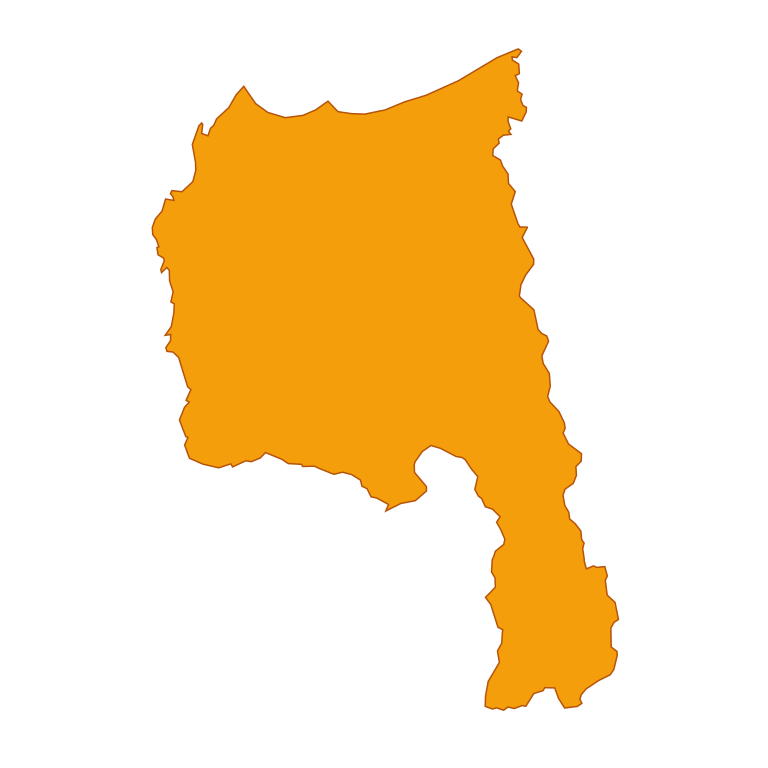 Juana Díaz, Puerto Rico, rotated 178°
{"feature_id": "32010507B98584278063898", "entity_name": "Juana Díaz", "entity_type": "district", "adm_level": 2, "iso_a3": "PRI", "parent_name": "Puerto Rico", "parent_adm1": "", "projection": "natural_earth1", "projection_center": [-66.503, 18.064], "detail": "fine", "context": "isolated", "style": "filled", "palette": "amber", "viewbox_px": 768, "rotation_deg": 178, "n_neighbors": 0, "source": "geoboundaries", "source_scale": "gbopen_adm2", "svg_char_len": 3303}
<svg xmlns="http://www.w3.org/2000/svg" viewBox="0 0 768 768"><g transform="rotate(178 384 384)"><path d="M238.2,714.2L259.6,706.2L299.0,684.5L331.8,671.1L346.7,667.1L353.4,665.3L373.5,657.8L379.0,656.9L391.4,654.8L393.6,654.4L399.5,654.8L407.0,655.3L413.9,656.6L416.4,657.0L420.5,657.8L425.7,663.6L430.1,668.6L442.8,660.3L455.5,655.3L473.3,653.6L477.2,654.9L490.5,659.4L502.4,668.6L508.2,677.6L513.8,686.4L521.8,678.0L529.4,665.7L542.1,654.7L545.1,648.4L548.5,645.6L551.3,638.2L557.5,640.8L556.1,649.8L557.2,651.2L560.0,648.4L567.2,630.1L564.6,611.7L564.7,603.9L568.0,592.9L579.2,583.2L589.1,584.7L590.8,581.8L588.5,578.6L587.5,574.8L595.8,576.5L599.8,564.6L606.9,556.6L610.1,548.5L609.9,541.4L606.4,536.2L604.2,529.0L606.2,528.3L605.3,521.0L599.8,517.4L599.3,514.9L603.1,506.1L602.4,503.1L597.0,508.0L594.6,505.1L594.7,494.6L591.5,483.5L594.1,473.5L590.8,471.4L591.5,462.4L594.6,448.7L601.0,440.3L595.5,440.9L595.8,434.8L600.7,428.0L599.8,424.2L593.8,423.3L588.3,417.7L580.3,388.0L577.2,385.1L582.4,374.6L579.3,372.7L584.1,367.8L589.7,355.2L583.9,338.3L581.8,337.6L585.4,329.9L581.0,316.6L567.7,310.2L552.1,306.0L539.9,309.5L538.2,306.4L524.8,312.1L519.3,311.0L510.4,314.3L504.8,319.6L488.7,312.3L482.5,307.8L469.2,306.6L468.3,304.4L456.4,304.3L452.3,302.1L437.2,295.5L428.5,297.3L419.5,294.6L410.9,288.8L409.6,282.6L404.5,279.9L400.9,271.7L395.3,270.3L383.7,263.5L386.6,257.0L371.4,264.0L356.8,266.3L345.3,275.6L345.2,280.0L356.6,294.6L356.6,302.2L355.6,305.3L348.0,315.3L339.2,320.9L330.0,317.8L314.4,309.0L308.8,307.9L305.5,305.6L299.4,295.7L293.5,288.2L296.9,275.5L293.6,268.7L290.5,266.2L287.0,257.8L279.9,255.1L272.6,247.3L276.3,241.9L272.4,234.4L268.6,224.6L269.9,219.5L278.5,213.0L280.5,207.5L281.5,205.7L282.0,204.2L283.1,192.3L279.8,186.4L279.8,177.0L290.0,167.2L285.0,159.9L278.6,136.9L273.9,134.3L274.4,131.1L275.4,120.8L279.9,113.2L278.4,101.7L290.2,83.2L293.4,68.7L294.1,58.3L287.0,55.4L282.8,56.4L275.8,53.8L271.3,56.9L265.2,55.1L257.3,57.8L253.5,57.0L245.1,69.4L235.6,72.1L234.0,74.9L224.0,74.3L220.5,63.6L214.8,53.9L202.1,55.0L197.4,57.9L199.2,62.2L197.7,66.6L192.7,72.2L179.8,80.2L168.1,85.5L164.3,90.6L160.4,104.6L160.5,108.6L166.1,113.2L165.8,132.2L162.4,137.8L157.9,140.5L160.7,157.6L168.3,165.2L169.7,180.0L167.5,184.4L169.7,193.8L177.8,193.3L181.0,194.9L188.2,192.2L190.1,200.1L190.0,201.9L191.2,212.5L189.6,218.0L191.9,221.5L192.4,230.1L197.6,237.5L203.2,242.7L203.8,249.4L207.5,256.1L209.0,266.5L206.7,272.6L198.3,278.1L194.9,286.0L195.1,294.7L189.6,300.1L189.1,307.5L201.7,317.6L206.7,328.8L204.5,333.5L205.1,338.7L210.1,350.3L218.8,360.3L220.9,365.8L217.9,376.0L218.4,388.7L224.2,399.0L225.3,406.5L218.0,421.1L219.7,426.3L224.5,428.9L228.1,433.1L231.6,452.9L244.6,465.5L245.7,467.3L244.6,473.0L243.7,478.4L238.6,488.0L230.3,498.4L230.0,503.6L240.8,525.6L235.3,535.4L235.3,535.7L239.8,536.1L242.5,536.0L244.5,539.4L250.5,559.3L246.1,571.7L252.6,580.1L252.7,589.4L258.1,598.1L258.2,598.7L259.8,603.7L267.4,608.6L266.6,615.3L260.5,620.7L261.2,624.8L256.0,628.5L248.4,629.0L250.8,632.2L248.4,634.6L250.8,642.1L250.6,646.6L237.1,642.0L232.4,650.9L232.0,655.5L235.3,657.4L237.6,663.4L235.9,668.8L240.6,672.3L239.0,680.3L242.1,687.6L237.9,689.4L238.2,699.0L244.3,703.2L244.6,706.5L239.8,705.5L235.0,711.7L238.2,714.2Z" fill="#f59e0b" stroke="#b45309" stroke-width="1.5"/></g></svg>